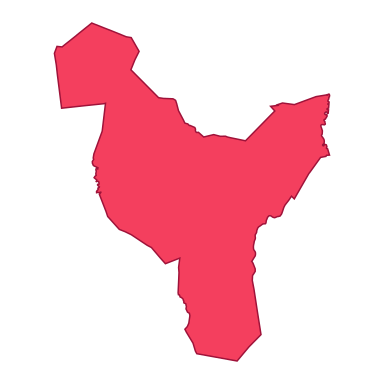 outline of San Cristóbal Amatlán, Oaxaca, Mexico
{"feature_id": "50627088B79757190065545", "entity_name": "San Cristóbal Amatlán", "entity_type": "district", "adm_level": 2, "iso_a3": "MEX", "parent_name": "Mexico", "parent_adm1": "Oaxaca", "projection": "albers", "projection_center": [-96.353, 16.302], "detail": "fine", "context": "isolated", "style": "filled", "palette": "rose", "viewbox_px": 384, "rotation_deg": 0, "n_neighbors": 0, "source": "geoboundaries", "source_scale": "gbopen_adm2", "svg_char_len": 4972}
<svg xmlns="http://www.w3.org/2000/svg" viewBox="0 0 384 384"><path d="M260.9,334.7L261.0,334.6L257.3,311.1L254.0,289.4L252.3,280.4L252.5,276.8L252.5,275.9L253.1,274.6L253.4,274.3L255.2,271.4L255.2,268.9L254.2,266.3L253.5,264.5L252.9,263.0L252.4,262.3L252.0,261.5L251.8,261.4L254.7,256.7L255.0,256.3L255.3,255.6L255.5,254.3L255.5,254.0L255.5,253.3L255.4,252.4L255.1,251.7L254.6,250.9L254.2,250.3L253.7,249.6L253.6,249.1L253.5,248.4L253.4,246.8L253.5,245.8L253.6,244.8L253.9,243.6L254.1,242.4L254.3,241.3L254.6,240.6L254.8,239.9L255.1,239.4L255.4,238.1L255.4,237.7L255.3,237.4L255.2,236.8L255.2,236.4L255.2,235.7L255.2,234.9L255.4,234.5L255.6,234.2L255.9,233.7L256.3,233.0L256.6,232.4L256.8,230.5L257.2,229.5L257.7,228.1L258.6,226.9L260.2,225.9L261.8,224.7L262.8,224.0L264.3,223.8L265.2,223.8L265.5,223.7L265.8,223.2L266.1,222.2L266.2,221.1L266.4,220.2L267.0,218.9L267.4,217.7L267.7,217.1L268.3,216.6L268.6,216.1L268.8,216.0L269.2,215.8L270.2,215.7L271.3,216.1L271.9,216.6L272.8,217.2L273.4,217.4L274.0,217.6L274.6,217.7L275.3,217.5L276.0,217.2L276.8,216.8L277.8,216.5L278.4,216.5L279.0,216.3L280.0,216.1L281.4,214.3L281.8,213.5L281.8,213.4L282.7,210.9L283.8,207.5L285.0,205.1L286.7,202.9L288.8,200.2L291.0,196.9L291.5,196.2L294.3,198.9L300.6,187.9L309.0,173.3L309.5,172.8L320.6,157.4L325.9,156.4L326.6,155.3L329.5,155.1L327.6,148.8L327.1,148.6L326.6,148.5L326.4,148.1L326.6,147.6L326.9,146.7L326.4,145.0L326.1,144.7L325.3,144.5L324.6,144.5L324.2,144.8L323.9,145.4L323.7,145.8L323.2,145.8L322.9,145.6L322.6,145.2L322.6,144.9L322.8,144.6L323.1,144.3L323.7,143.8L324.1,143.4L324.0,143.1L324.2,142.7L324.2,142.4L324.3,141.6L324.2,140.5L324.0,139.6L323.8,139.1L323.1,138.0L322.7,137.4L322.1,136.7L321.7,136.1L321.5,135.5L321.5,135.1L321.8,134.7L322.1,134.3L322.2,133.7L322.3,132.7L322.4,130.7L322.2,130.0L321.8,129.3L321.7,128.4L321.3,127.6L321.1,126.9L320.9,126.3L320.8,125.8L320.9,125.4L321.1,125.1L321.4,124.8L321.9,124.6L322.5,124.6L322.9,124.5L323.1,124.5L323.5,124.7L323.8,124.8L324.1,124.8L324.5,124.8L324.9,124.5L325.2,124.3L325.3,124.0L325.3,123.7L325.1,123.1L324.9,122.3L324.9,121.9L324.8,121.4L324.5,121.1L324.3,121.0L324.1,120.8L324.0,120.5L324.0,120.3L324.0,120.0L324.1,119.8L324.2,119.6L324.5,119.4L324.8,119.3L325.1,119.2L325.4,119.1L325.6,118.6L325.7,118.4L326.0,118.0L326.3,117.6L326.4,117.4L326.7,116.8L327.0,116.4L327.1,115.9L327.0,115.4L327.0,114.9L326.8,114.7L326.6,114.7L326.2,114.8L325.5,114.7L325.4,114.5L325.0,114.3L324.8,114.1L324.6,113.7L324.9,113.1L324.9,112.8L325.3,112.5L325.7,112.1L326.0,112.0L326.2,111.9L326.7,112.0L327.0,112.3L327.1,112.5L327.1,112.9L327.2,113.2L327.4,113.4L327.7,113.3L328.2,113.2L328.5,109.8L328.2,109.8L327.8,109.7L327.5,109.7L327.2,109.6L327.0,109.2L327.1,108.7L327.6,108.4L328.3,108.2L328.6,108.1L328.9,104.6L328.6,104.6L328.3,104.3L327.9,104.2L327.9,103.9L328.5,103.7L328.9,103.4L329.0,103.3L329.1,102.0L328.8,101.8L328.5,101.6L328.2,101.5L328.0,101.2L327.8,101.0L327.9,100.7L328.0,100.4L328.1,100.2L328.6,99.2L328.8,98.8L328.8,98.3L328.8,97.6L328.9,97.2L329.4,96.9L329.6,95.3L329.5,95.2L329.4,94.7L329.3,94.3L329.0,94.1L328.8,94.1L327.9,94.4L327.7,94.6L327.8,94.8L327.6,95.0L327.1,95.3L326.9,95.2L326.7,95.0L326.5,94.8L326.0,95.0L316.1,96.6L294.4,104.6L282.5,103.0L277.1,104.8L277.8,105.4L270.6,106.3L274.8,111.0L271.6,114.2L245.5,140.8L230.4,137.7L227.4,137.0L225.5,136.2L220.3,136.3L213.7,134.6L203.7,137.0L198.4,132.3L196.7,132.5L195.9,131.9L195.4,130.7L195.5,129.1L194.8,127.5L190.2,125.5L189.3,125.5L187.8,123.9L185.0,123.2L184.2,121.8L183.6,120.4L178.5,110.7L176.6,103.4L175.6,100.4L174.8,99.8L173.0,98.8L163.1,98.4L162.1,98.2L158.6,97.7L146.6,85.6L130.9,69.8L134.9,59.8L139.1,51.4L131.2,37.6L126.3,36.8L123.1,35.5L112.5,31.2L104.3,28.0L92.4,23.3L91.8,23.0L77.0,34.9L76.5,35.4L65.8,43.9L62.1,46.9L58.9,46.6L57.0,46.4L54.4,53.3L56.3,64.9L57.4,74.8L61.6,108.2L83.6,105.8L103.9,103.7L105.5,103.3L102.2,131.2L93.9,153.9L93.2,158.1L93.7,159.2L93.6,159.5L92.3,161.5L92.4,163.3L93.0,164.5L93.0,164.9L93.8,165.8L98.0,167.8L97.7,169.0L96.5,168.3L95.9,169.2L96.0,170.5L96.3,170.9L95.8,174.0L96.2,175.3L94.9,176.4L94.1,177.7L96.8,180.0L96.7,180.8L96.2,181.3L96.3,181.4L96.4,181.6L97.4,181.3L98.6,181.6L98.8,182.2L99.1,183.8L98.8,184.3L97.7,184.4L97.5,184.9L98.1,185.7L99.4,186.9L99.2,187.4L98.2,187.8L97.9,188.3L98.2,189.0L98.1,189.5L97.0,190.7L96.5,191.6L96.6,192.7L97.8,192.4L98.9,192.7L100.8,192.1L100.9,192.3L100.2,193.4L99.4,194.4L106.0,211.4L107.7,216.5L119.3,229.4L125.1,231.7L131.3,234.7L147.2,245.3L151.4,247.5L160.5,258.2L165.4,263.7L179.8,258.1L178.6,267.5L179.0,272.5L178.6,282.0L178.1,292.8L178.4,294.7L179.4,294.9L180.2,297.1L181.3,297.4L182.9,298.9L183.3,299.7L183.3,300.1L183.5,300.8L183.9,301.1L183.8,302.4L184.0,303.0L185.5,303.6L185.9,304.0L186.0,305.1L186.4,306.4L186.0,308.9L187.5,312.1L189.4,313.3L189.9,315.7L188.8,323.2L187.3,326.6L184.9,329.2L186.4,332.2L193.0,343.1L195.4,351.1L196.8,353.7L215.6,357.1L237.1,361.0L249.0,346.8L260.9,334.7Z" fill="#f43f5e" stroke="#9f1239" stroke-width="1.5"/></svg>